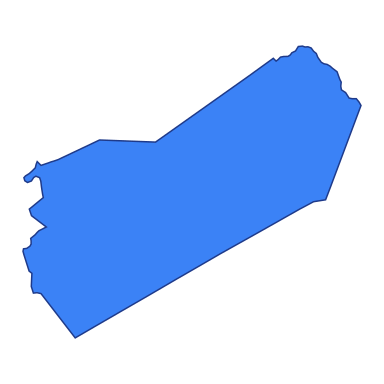 the district of Gonçalves Dias, Maranhão, Brazil
{"feature_id": "56859067B78550029694036", "entity_name": "Gonçalves Dias", "entity_type": "district", "adm_level": 2, "iso_a3": "BRA", "parent_name": "Brazil", "parent_adm1": "Maranhão", "projection": "mercator", "projection_center": [-44.192, -5.155], "detail": "fine", "context": "isolated", "style": "filled", "palette": "blue", "viewbox_px": 384, "rotation_deg": 0, "n_neighbors": 0, "source": "geoboundaries", "source_scale": "gbopen_adm2", "svg_char_len": 1180}
<svg xmlns="http://www.w3.org/2000/svg" viewBox="0 0 384 384"><path d="M273.3,58.3L247.7,76.8L155.5,142.1L99.5,140.0L57.9,159.7L53.8,161.1L51.0,161.9L48.7,162.8L46.3,163.6L41.0,165.4L37.2,161.6L36.2,164.1L35.3,167.8L32.0,171.1L29.2,173.6L25.5,175.9L23.9,177.7L24.8,180.8L27.5,182.5L31.4,181.0L33.7,177.5L35.9,176.2L39.6,177.7L40.8,181.2L41.5,187.1L42.6,194.2L43.3,197.6L29.3,209.1L31.5,215.7L46.3,227.0L39.0,230.7L37.2,232.4L35.1,234.8L30.7,238.4L31.1,240.9L31.1,244.1L29.9,246.2L26.7,248.4L23.5,248.8L23.0,251.3L23.9,254.6L29.1,271.1L31.9,273.3L31.3,286.5L33.4,293.1L37.0,292.7L41.0,293.6L75.2,337.9L93.4,327.3L119.5,312.2L151.0,294.0L176.3,279.2L194.9,268.5L219.9,254.0L260.6,231.2L283.6,218.2L299.7,209.1L313.6,201.7L325.6,199.8L330.6,186.7L361.0,105.5L359.0,102.0L356.3,98.7L352.3,98.7L349.1,98.1L345.7,92.7L341.4,89.8L340.8,86.2L341.2,82.1L339.9,79.6L338.6,76.1L337.1,71.8L332.4,68.2L330.2,66.2L327.1,64.4L324.0,63.8L321.3,62.3L317.8,57.3L316.3,53.5L313.6,51.3L311.2,48.0L308.0,46.8L305.0,47.0L302.5,46.1L298.3,46.5L295.5,51.0L291.8,52.8L290.3,54.9L288.0,56.4L283.6,56.5L280.5,57.1L278.2,59.5L276.1,61.1L273.3,58.3Z" fill="#3b82f6" stroke="#1e3a8a" stroke-width="1.5"/></svg>